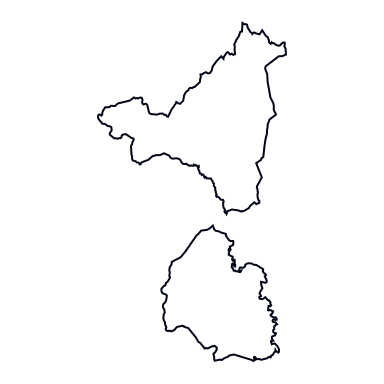 Belier, Lacs, Ivory Coast
{"feature_id": "98640826B5123145245776", "entity_name": "Belier", "entity_type": "district", "adm_level": 2, "iso_a3": "CIV", "parent_name": "Ivory Coast", "parent_adm1": "Lacs", "projection": "equal_earth", "projection_center": [-5.056, 6.922], "detail": "fine", "context": "isolated", "style": "outline", "palette": "ink", "viewbox_px": 384, "rotation_deg": 0, "n_neighbors": 0, "source": "geoboundaries", "source_scale": "gbopen_adm2", "svg_char_len": 6035}
<svg xmlns="http://www.w3.org/2000/svg" viewBox="0 0 384 384"><path d="M283.5,42.4L281.2,43.9L280.2,45.2L278.7,45.8L275.5,44.6L274.3,43.4L272.3,43.1L271.7,42.3L270.8,43.8L269.2,42.6L268.8,40.2L267.9,37.4L265.8,35.8L262.2,30.3L259.5,34.3L256.2,33.5L254.4,32.5L253.6,32.6L252.5,33.9L252.4,33.3L250.4,32.1L248.5,28.8L248.0,28.5L247.0,24.7L246.2,24.2L244.1,24.2L242.5,23.0L242.0,31.5L240.3,31.8L238.7,36.3L236.0,40.5L235.5,42.1L234.2,44.4L234.8,46.6L234.6,50.1L235.0,54.1L233.3,54.9L231.8,53.7L230.0,54.5L228.4,52.4L227.4,52.1L226.3,53.2L223.7,57.2L223.5,58.8L221.3,56.3L216.8,60.8L212.6,66.6L211.7,70.6L209.7,73.2L208.0,73.4L206.0,72.2L203.7,73.1L202.6,74.2L200.5,74.4L200.8,76.9L200.0,80.0L200.0,81.7L199.6,82.3L194.6,87.0L193.2,87.2L192.3,88.1L190.0,87.8L188.7,89.2L188.3,90.4L186.7,91.2L185.6,92.5L183.9,95.8L183.9,97.1L183.1,100.8L180.1,103.8L178.5,103.4L176.3,102.0L175.7,103.6L171.5,109.6L168.1,116.7L167.0,116.5L165.8,114.8L164.4,114.9L162.6,113.5L159.4,113.7L157.2,114.6L151.3,114.1L149.6,113.4L148.8,111.6L147.2,104.8L145.9,103.7L143.3,104.5L142.1,102.8L142.5,99.6L141.7,97.7L139.3,97.7L137.9,98.5L136.7,98.0L135.5,98.5L134.0,97.4L130.0,100.5L117.8,103.5L115.1,106.0L110.7,105.8L109.6,107.1L105.1,107.4L103.1,110.6L102.3,112.8L102.2,114.5L101.4,115.6L100.2,114.6L98.7,114.7L98.1,115.9L98.1,117.8L98.7,119.2L102.4,123.7L105.1,124.0L107.9,126.1L109.6,126.2L111.3,127.1L111.7,130.3L109.9,133.0L109.7,134.1L110.1,134.9L114.3,138.4L115.8,138.2L117.7,138.8L119.2,138.1L120.5,138.2L121.4,137.4L121.8,135.5L122.5,134.7L125.8,134.1L131.1,137.7L133.4,138.6L133.8,139.7L132.3,142.5L132.0,144.6L131.1,145.5L131.0,146.3L131.5,154.5L132.0,156.1L132.2,159.3L132.9,160.6L135.6,161.2L136.7,162.4L138.8,162.7L139.7,164.4L140.6,164.3L141.1,162.9L142.2,162.1L148.2,159.9L152.9,155.9L154.9,155.7L155.7,155.1L160.1,155.1L164.0,153.3L169.2,155.6L170.5,157.7L171.7,158.4L173.1,158.7L176.3,158.2L179.3,159.0L180.7,160.5L181.1,161.7L182.8,163.8L185.1,164.1L186.4,163.7L188.4,165.5L189.3,165.3L190.1,165.9L191.3,165.5L193.3,165.8L193.9,164.7L194.7,165.5L195.8,165.0L196.8,166.1L198.7,165.8L198.8,167.1L198.2,167.1L198.0,168.0L198.7,170.3L199.4,170.9L199.3,171.7L199.8,173.4L201.1,173.7L201.7,175.0L202.7,174.4L203.6,175.0L204.2,177.0L204.7,177.7L205.8,176.9L206.7,178.4L211.0,178.5L211.9,180.6L212.5,180.9L213.1,182.8L213.9,183.7L213.8,185.8L215.3,187.8L215.1,190.0L215.8,191.2L215.8,192.5L216.6,194.6L216.0,195.3L216.1,195.9L216.9,196.9L217.5,196.6L219.1,197.5L220.6,199.6L223.1,199.9L223.7,201.6L223.0,202.6L223.3,203.5L223.1,205.3L223.6,207.7L225.0,209.8L224.4,211.5L225.3,212.9L226.5,213.3L226.6,213.7L227.1,212.7L227.0,212.2L226.7,212.4L226.7,211.5L232.0,209.5L238.7,210.5L240.6,211.5L241.5,211.0L242.2,211.4L244.4,210.7L249.0,208.0L250.0,206.0L254.3,202.3L256.2,204.1L259.3,202.8L259.3,200.9L258.4,200.0L257.6,197.1L257.5,194.3L258.0,192.2L257.6,191.1L257.5,189.0L256.8,187.8L257.0,186.2L261.8,177.4L256.2,163.2L261.1,159.8L261.4,158.2L263.3,157.1L264.4,146.6L265.5,139.2L267.0,133.3L267.0,129.7L267.5,127.9L267.7,124.5L269.6,119.4L275.8,114.8L276.0,114.3L273.8,110.1L273.8,105.7L273.3,103.1L270.4,97.5L267.6,81.7L267.2,74.1L265.5,69.8L265.2,68.1L265.6,66.3L278.7,56.3L282.4,56.1L285.9,54.6L285.6,48.7L284.3,46.1L284.8,44.7L284.7,42.6L283.5,42.4ZM279.0,351.8L279.0,349.4L277.5,346.3L274.8,343.6L273.5,343.6L271.9,344.3L271.0,341.7L271.0,341.1L271.3,340.9L273.2,340.7L271.8,338.7L272.0,336.6L275.1,335.3L276.0,333.3L273.6,332.6L273.1,331.1L273.1,330.2L274.2,329.2L274.2,326.3L275.2,325.8L276.0,324.5L277.0,324.2L275.5,322.4L273.1,321.9L272.5,321.0L273.1,319.6L273.9,319.4L275.4,320.0L276.7,319.7L276.8,319.1L275.7,317.3L274.0,317.5L272.0,316.6L270.8,315.6L270.6,314.7L272.3,313.6L272.5,312.2L273.1,311.8L273.1,311.3L270.1,310.0L268.6,310.5L268.0,310.2L268.5,306.0L270.2,306.2L271.1,305.4L270.4,303.9L270.4,302.1L269.3,301.0L269.3,300.5L267.6,299.9L265.3,297.2L263.0,298.9L261.8,299.1L260.1,298.9L259.3,298.1L259.5,296.8L261.0,296.2L260.7,295.2L259.6,293.7L259.7,292.7L262.4,288.2L261.6,286.1L261.0,283.4L261.1,281.8L265.4,282.8L266.7,281.8L266.6,280.2L264.7,276.2L266.0,275.0L265.3,273.8L263.7,272.9L262.8,271.0L263.2,269.2L256.2,264.9L253.9,264.8L251.5,263.4L247.7,263.3L245.3,264.6L245.3,265.8L244.0,267.4L242.5,267.9L240.5,267.4L239.7,267.8L239.2,270.8L239.7,271.2L241.1,270.7L240.4,272.0L238.8,272.0L238.1,271.1L235.9,271.4L234.9,270.4L233.7,270.7L232.8,268.2L231.8,267.5L232.0,264.7L232.3,263.7L232.9,263.5L233.8,264.6L234.4,266.3L235.0,266.5L235.3,265.1L234.6,263.3L234.8,260.2L234.6,259.9L233.1,260.9L232.5,260.5L232.4,259.9L233.0,259.7L233.0,259.3L232.2,259.0L232.7,256.7L228.8,254.9L228.8,252.7L229.8,250.7L228.6,250.3L229.0,248.8L230.4,249.2L229.9,246.6L233.1,245.0L233.4,242.2L233.1,241.0L230.8,241.1L228.8,240.0L226.0,235.8L225.8,235.4L226.1,234.2L225.7,233.8L221.5,232.7L218.4,231.2L216.2,231.0L214.9,230.1L214.3,229.5L212.8,225.6L209.5,228.5L206.8,229.9L201.2,230.6L198.2,234.1L196.6,235.3L185.5,251.4L180.6,257.3L171.7,261.9L171.6,264.2L169.7,267.4L169.3,270.1L169.8,272.8L169.3,275.9L170.0,277.1L169.8,278.0L167.8,281.5L165.9,283.1L165.4,285.3L163.7,286.1L161.4,288.8L161.4,291.1L162.4,293.2L165.9,294.5L166.9,295.7L166.1,300.5L165.0,302.5L163.3,304.2L162.9,305.7L163.2,307.8L164.3,309.6L164.7,312.7L163.7,314.6L163.3,318.4L164.0,320.7L164.9,322.2L165.1,324.3L166.3,327.3L165.7,328.9L166.1,330.2L167.3,331.0L168.6,330.7L169.2,331.1L170.6,330.8L171.2,331.3L172.1,331.2L174.4,329.8L177.0,326.9L182.5,325.8L184.0,326.3L184.3,327.5L184.4,326.9L188.3,328.1L195.7,337.2L198.3,341.8L200.2,342.9L204.8,348.6L205.9,348.0L207.8,348.4L212.2,346.2L213.4,346.3L214.5,345.8L216.8,347.6L216.6,349.8L215.1,352.4L213.4,353.7L214.2,357.0L214.1,358.9L214.7,360.7L220.2,359.6L221.7,360.1L224.0,358.4L228.1,356.6L229.1,355.5L233.9,354.5L252.8,360.3L253.2,361.0L255.0,360.0L255.2,359.5L254.0,358.2L254.2,356.9L254.7,356.8L257.0,359.3L259.2,359.0L261.2,359.8L267.0,358.3L269.0,356.9L270.3,357.4L270.8,357.1L271.1,355.7L272.6,355.1L274.4,352.1L275.2,351.7L275.4,349.9L276.3,351.4L278.3,352.6L279.0,351.8Z" fill="none" stroke="#020617" stroke-width="2"/></svg>